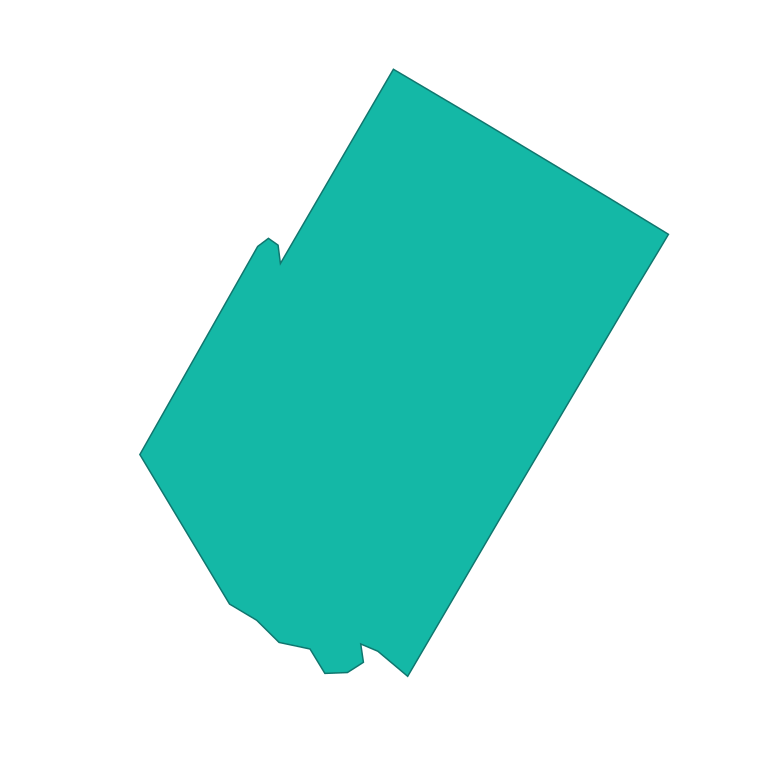 Ross, Ohio, United States of America, rotated 297°
{"feature_id": "52423323B5632937542361", "entity_name": "Ross", "entity_type": "district", "adm_level": 2, "iso_a3": "USA", "parent_name": "United States of America", "parent_adm1": "Ohio", "projection": "robinson", "projection_center": [-83.117, 39.342], "detail": "fine", "context": "isolated", "style": "filled", "palette": "teal", "viewbox_px": 768, "rotation_deg": 297, "n_neighbors": 0, "source": "geoboundaries", "source_scale": "gbopen_adm2", "svg_char_len": 458}
<svg xmlns="http://www.w3.org/2000/svg" viewBox="0 0 768 768"><g transform="rotate(297 384 384)"><path d="M134.3,537.8L316.3,548.4L582.2,565.0L629.8,568.4L646.5,569.5L649.8,526.7L652.2,495.1L662.0,356.2L668.7,249.5L444.3,237.0L459.6,226.6L461.3,214.9L449.2,209.0L210.3,198.5L117.8,346.3L115.7,377.8L106.1,407.8L114.3,438.4L99.3,462.7L110.3,482.4L126.7,492.0L141.8,481.3L143.1,499.8L134.3,537.8Z" fill="#14b8a6" stroke="#0f766e" stroke-width="1.5"/></g></svg>